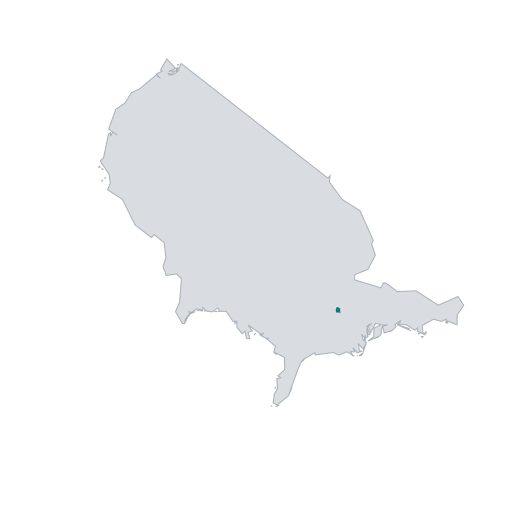 location of Logan, West Virginia, United States of America, rotated 38°
{"feature_id": "52423323B11034045930208", "entity_name": "Logan", "entity_type": "district", "adm_level": 2, "iso_a3": "USA", "parent_name": "United States of America", "parent_adm1": "West Virginia", "projection": "natural_earth1", "projection_center": [-81.913, 37.833], "detail": "fine", "context": "in_parent", "style": "filled", "palette": "teal", "viewbox_px": 512, "rotation_deg": 38, "n_neighbors": 0, "source": "geoboundaries", "source_scale": "gbopen_adm2", "svg_char_len": 4454}
<svg xmlns="http://www.w3.org/2000/svg" viewBox="0 0 512 512"><g transform="rotate(38 256 256)"><path d="M403.6,184.9L429.9,182.6L440.1,163.6L450.0,166.9L450.8,178.6L456.8,186.5L446.9,189.3L446.4,191.5L444.7,188.7L442.4,193.4L434.7,196.6L429.8,208.4L434.3,213.4L437.3,212.8L436.4,210.6L437.4,211.6L437.7,214.1L429.2,215.8L427.6,213.1L426.8,216.7L417.0,217.6L409.7,222.3L410.4,219.6L409.7,217.9L407.8,224.2L409.9,225.4L409.2,230.8L404.4,237.7L399.1,233.4L402.2,229.1L398.6,232.1L400.1,236.9L402.3,239.7L402.8,242.8L396.6,254.1L398.4,247.0L393.5,240.3L396.6,233.2L391.7,235.4L393.6,245.8L388.8,242.7L387.2,243.0L388.6,239.7L388.5,238.7L387.0,241.3L386.9,243.5L394.1,247.5L392.6,249.4L389.3,245.8L388.1,245.1L392.1,249.5L393.9,250.4L392.9,253.0L390.7,251.0L394.1,255.0L393.3,255.5L391.6,253.5L387.2,252.6L392.7,256.4L396.2,256.2L399.7,266.0L396.6,258.5L397.6,263.3L391.0,262.3L395.8,267.1L398.1,265.7L395.2,270.1L388.9,268.5L392.8,270.8L389.5,273.0L393.4,274.6L386.4,275.6L382.7,282.7L376.2,284.6L363.6,297.4L362.0,295.9L357.2,307.7L356.8,310.6L358.8,319.6L367.7,346.2L364.5,360.2L359.9,361.1L355.4,353.5L354.6,347.3L348.0,340.0L350.3,336.8L347.1,336.9L348.5,327.7L340.9,318.4L329.0,320.6L327.0,315.2L315.3,314.7L316.8,312.7L314.7,314.7L309.4,315.7L309.4,311.6L308.5,314.5L292.4,315.3L299.2,317.3L296.7,321.1L301.8,324.8L299.2,326.8L293.5,321.9L293.0,325.7L285.2,324.1L280.9,319.2L278.1,321.7L266.6,317.9L259.8,323.2L261.5,321.8L257.9,320.4L255.9,327.0L248.7,331.2L250.3,329.9L245.7,329.3L247.3,331.5L241.8,334.3L239.4,341.5L237.0,340.4L239.1,342.4L239.2,349.1L241.2,353.1L239.6,354.5L226.8,349.4L224.3,339.6L211.4,320.0L204.4,319.0L197.3,326.6L189.2,321.5L185.9,312.6L175.4,302.0L162.6,301.9L162.3,305.9L141.6,306.0L115.9,293.6L98.3,295.2L96.5,288.4L89.7,282.0L74.8,277.0L75.2,272.1L64.7,250.7L65.4,248.4L67.7,251.2L66.6,246.5L72.3,246.1L61.7,246.7L55.2,226.7L58.6,216.0L57.2,204.1L61.2,196.4L66.0,174.4L71.2,174.9L65.5,173.8L68.2,167.9L66.1,168.0L64.5,155.6L77.2,157.7L73.6,164.2L78.6,159.6L77.3,165.0L74.0,166.4L76.2,166.6L78.9,164.4L80.7,158.8L78.5,150.4L264.7,150.4L264.9,147.1L268.2,152.5L288.9,158.4L310.2,156.3L338.7,171.5L339.8,175.5L349.6,181.9L352.4,197.5L345.3,210.0L348.5,214.1L374.0,204.2L373.0,198.4L375.2,197.4L389.3,197.0L403.6,184.9ZM420.0,220.2L424.2,219.5L409.4,223.3L421.6,218.7L420.0,220.2ZM78.6,155.6L79.8,159.1L79.6,159.6L77.6,157.0L78.6,155.6ZM241.1,352.0L239.5,346.1L239.8,342.7L239.9,346.2L241.1,352.0ZM448.0,189.7L448.0,191.5L447.3,191.1L448.0,189.7ZM281.0,320.9L281.2,322.3L280.0,321.2L281.0,320.9ZM80.2,282.4L82.0,281.7L82.1,281.9L80.2,282.4ZM78.4,281.9L77.6,282.9L77.1,282.0L78.4,281.9ZM433.1,216.0L432.0,217.2L431.6,216.9L433.1,216.0ZM240.9,339.7L239.8,342.3L242.4,337.2L240.9,339.7ZM365.1,337.4L366.8,342.6L364.8,336.9L365.1,337.4ZM88.8,286.8L89.5,288.2L88.7,286.9L88.8,286.8ZM365.3,361.0L363.8,362.7L366.2,359.2L365.3,361.0ZM400.3,269.2L398.7,271.3L399.9,266.4L400.3,269.2ZM77.3,152.8L77.2,153.8L76.5,153.3L77.3,152.8ZM247.3,332.6L244.7,333.8L247.4,332.2L247.3,332.6ZM437.2,216.6L437.1,217.9L435.8,217.6L437.2,216.6ZM88.4,290.7L88.8,292.5L88.1,290.9L88.4,290.7ZM244.1,334.8L243.0,335.4L244.0,334.4L244.1,334.8ZM402.1,245.0L400.4,247.7L402.4,244.0L402.1,245.0ZM258.9,324.4L257.3,325.4L259.7,323.6L258.9,324.4ZM357.6,309.1L357.2,311.3L357.1,309.7L357.6,309.1ZM394.0,275.0L393.4,275.4L395.0,273.8L394.0,275.0ZM333.3,320.1L331.3,321.3L330.5,321.0L333.3,320.1ZM308.6,315.3L308.3,315.7L307.1,315.6L308.6,315.3ZM352.4,347.5L352.7,349.0L352.1,347.1L352.4,347.5ZM303.4,318.3L303.1,319.7L303.1,317.2L303.4,318.3ZM360.8,364.7L359.7,364.9L361.2,364.4L360.8,364.7ZM408.9,231.7L408.1,233.1L409.1,231.1L408.9,231.7ZM397.4,271.7L396.7,272.2L397.4,271.7Z" fill="#d9dde1" stroke="#a8b0b8" stroke-width="1"/><path d="M352.0,246.8L351.9,246.9L352.0,247.0L352.2,247.4L352.4,247.5L352.5,247.8L352.3,248.0L352.4,248.3L352.6,248.4L352.6,248.5L352.5,248.8L352.7,249.0L353.0,249.2L353.2,249.5L353.3,249.7L353.4,249.8L353.4,249.7L353.5,249.5L353.8,249.4L354.0,249.6L354.3,249.4L354.4,249.6L354.5,249.5L354.8,249.5L355.4,249.3L355.5,249.2L355.3,249.1L355.0,248.8L355.2,248.7L355.4,248.7L355.5,248.6L355.8,248.6L356.1,248.5L355.9,248.3L356.0,248.3L355.8,248.1L355.7,248.1L355.3,248.3L355.2,248.2L354.9,247.9L355.0,247.6L355.0,247.4L354.9,247.2L354.7,247.2L354.3,247.1L354.0,246.9L353.7,246.9L353.5,246.7L353.8,246.4L353.7,246.4L353.4,246.4L353.2,246.4L353.1,246.5L352.4,246.7L352.0,246.8Z" fill="#14b8a6" stroke="#0f766e" stroke-width="1.5"/></g></svg>